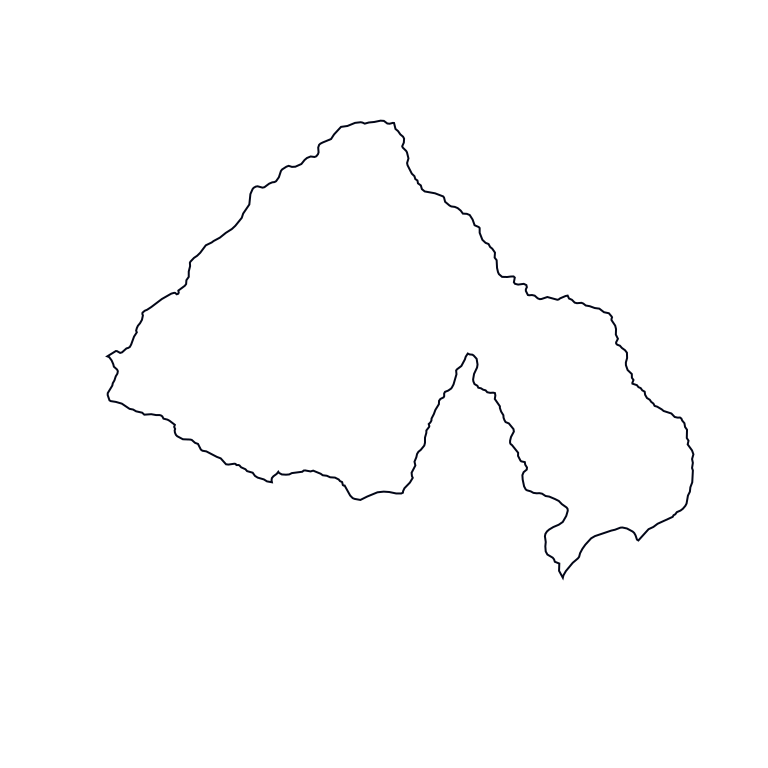 Mariscal Luzuriaga, Áncash, Peru (Equal Earth projection), rotated 245°
{"feature_id": "86281439B99207527213324", "entity_name": "Mariscal Luzuriaga", "entity_type": "district", "adm_level": 2, "iso_a3": "PER", "parent_name": "Peru", "parent_adm1": "Áncash", "projection": "equal_earth", "projection_center": [-77.351, -8.856], "detail": "fine", "context": "isolated", "style": "outline", "palette": "ink", "viewbox_px": 768, "rotation_deg": 245, "n_neighbors": 0, "source": "geoboundaries", "source_scale": "gbopen_adm2", "svg_char_len": 6166}
<svg xmlns="http://www.w3.org/2000/svg" viewBox="0 0 768 768"><g transform="rotate(245 384 384)"><path d="M635.2,453.7L631.3,444.2L628.4,439.6L628.8,430.4L628.7,427.9L628.2,426.3L626.1,424.3L621.6,422.6L620.2,421.3L619.0,418.9L619.1,417.0L621.2,413.7L621.4,409.7L620.6,406.7L618.3,402.1L618.4,395.5L619.7,392.3L622.0,389.8L622.2,387.4L621.5,382.3L620.6,380.6L615.8,376.1L613.4,371.9L613.3,370.1L614.0,367.9L614.1,364.6L612.9,358.8L613.3,356.9L616.6,353.0L617.1,351.2L616.9,348.8L616.2,347.3L612.6,343.2L603.6,337.8L598.0,328.4L594.7,325.3L590.2,316.1L588.8,311.8L587.8,304.4L586.0,297.1L585.6,290.0L585.1,287.7L585.0,281.1L580.6,272.9L579.2,268.9L578.6,265.1L576.7,260.3L575.9,259.3L572.8,258.1L568.5,254.6L563.6,252.3L561.6,248.8L558.2,246.9L557.2,245.0L555.6,237.1L553.6,236.6L552.8,235.7L552.9,234.1L554.8,233.2L555.3,232.4L555.8,229.4L554.9,218.6L552.1,205.6L551.4,200.7L551.5,198.1L550.7,195.3L549.6,194.6L548.1,194.5L544.5,191.8L542.2,188.6L540.8,185.6L539.1,183.6L537.1,181.9L535.3,181.8L532.6,177.5L526.6,171.5L525.0,169.3L524.8,167.5L525.1,165.6L523.4,160.0L523.7,158.0L526.6,155.9L527.2,154.9L526.0,144.9L524.5,146.3L520.5,147.1L516.3,147.0L513.9,146.5L509.9,148.2L508.1,148.2L506.1,146.8L504.3,144.1L501.2,141.2L499.3,138.5L497.4,137.1L492.5,129.8L490.8,128.9L485.2,128.3L484.0,129.1L481.1,133.4L477.0,138.1L469.0,142.9L466.9,145.8L464.0,147.8L460.2,152.7L457.5,153.8L455.0,160.3L452.1,164.4L450.7,167.5L449.6,168.7L448.3,169.4L445.8,169.5L443.2,172.7L441.3,174.1L435.4,177.2L433.8,175.7L431.5,175.7L430.5,174.7L428.4,174.0L425.9,173.9L424.1,174.5L418.9,178.4L415.6,184.8L414.6,186.1L410.5,187.9L408.3,190.1L402.0,190.3L400.3,191.2L398.0,194.5L388.6,201.7L385.6,204.6L378.0,206.9L376.7,209.0L375.0,214.7L374.3,215.7L372.9,216.0L372.1,217.8L371.3,218.6L368.9,219.3L365.3,222.4L362.9,223.1L359.1,227.5L355.3,228.2L352.6,229.9L348.3,234.8L345.2,236.8L342.3,240.9L344.3,241.4L346.1,242.6L347.1,244.7L347.9,248.8L349.1,251.1L347.9,251.2L345.2,253.2L343.2,256.9L342.1,259.9L342.2,262.8L339.0,272.9L339.5,274.6L339.0,276.0L335.8,280.5L335.4,283.2L329.4,288.7L327.2,289.9L325.0,293.4L322.2,295.8L319.9,300.0L316.6,302.6L314.6,303.1L312.8,304.6L309.8,304.0L309.0,304.5L308.6,305.4L297.2,306.2L293.8,307.4L292.3,308.8L288.9,313.6L289.1,321.2L288.6,332.3L286.6,338.2L283.9,343.1L279.7,348.7L277.5,353.3L277.5,355.2L278.8,356.0L280.9,358.5L283.7,365.8L286.8,370.4L288.7,370.4L291.9,371.5L296.9,378.0L300.7,378.8L303.9,382.3L306.6,384.4L308.0,386.5L308.8,389.6L311.2,394.5L313.4,396.3L318.1,398.5L321.8,401.7L324.0,402.8L326.0,406.7L326.7,407.3L328.8,407.6L329.5,409.7L330.8,411.5L332.6,412.5L335.7,416.5L338.8,419.6L342.5,425.2L345.5,426.8L346.6,428.8L346.7,432.4L347.5,433.4L350.0,434.5L351.1,436.0L350.9,439.4L351.5,442.9L352.1,444.0L354.2,446.8L362.2,453.8L365.8,455.1L366.5,456.5L367.6,461.7L372.1,467.7L374.2,469.6L376.2,472.8L374.7,474.0L373.2,476.5L371.9,477.3L367.7,478.6L362.1,477.0L359.6,475.3L355.1,469.9L350.5,466.7L348.6,466.1L345.7,466.0L342.9,467.9L340.8,467.9L339.1,470.1L337.0,471.4L335.3,473.4L332.9,474.1L331.1,476.5L330.0,479.3L328.9,480.7L326.6,480.1L323.6,478.1L314.8,479.6L313.3,478.9L309.5,478.5L305.3,479.0L302.9,478.1L300.3,477.9L298.1,478.1L295.5,480.5L288.4,482.3L286.0,481.6L282.3,476.7L279.3,474.3L277.4,473.4L276.0,473.4L274.5,474.2L265.0,476.5L262.2,475.1L256.9,475.3L255.9,475.7L253.7,478.6L251.2,477.9L247.9,478.3L246.1,477.2L245.1,473.3L242.9,470.9L238.8,469.3L232.0,467.7L228.5,467.9L227.2,468.7L224.7,471.6L222.2,473.4L220.4,476.2L219.4,478.7L217.8,480.9L214.2,483.1L212.1,486.2L207.4,490.4L204.1,493.0L200.0,494.4L194.9,497.3L193.3,497.6L191.5,497.0L187.4,493.4L183.4,487.7L182.6,482.9L182.8,477.0L182.3,472.2L181.5,469.4L180.0,467.0L178.0,465.5L172.4,463.8L168.7,461.6L163.9,459.8L160.4,460.0L155.3,463.5L153.2,464.0L150.7,463.7L147.2,467.0L140.7,463.7L132.8,464.2L134.7,465.7L137.6,469.8L142.2,479.5L144.0,486.1L144.9,487.8L147.8,490.2L150.8,494.2L153.3,498.6L156.6,506.5L157.0,510.9L155.1,528.0L154.3,531.8L153.9,537.5L153.2,539.4L150.4,543.1L145.2,547.0L143.3,547.8L140.5,548.0L136.1,547.5L134.7,548.4L140.6,562.4L140.6,567.7L141.7,572.9L141.6,589.5L142.7,591.0L142.8,592.9L144.1,595.2L144.0,599.3L144.6,602.1L146.2,605.6L147.8,607.7L154.4,612.3L157.1,615.7L160.9,618.0L164.6,621.8L175.1,627.4L177.7,627.7L182.0,630.6L185.8,631.5L189.5,634.7L193.6,635.1L200.9,633.7L203.9,636.0L207.1,635.6L214.5,639.3L217.8,638.7L221.5,639.7L224.9,638.8L227.0,638.9L228.5,638.1L229.5,635.8L231.3,633.5L235.8,632.0L241.4,626.0L243.6,625.0L248.0,622.0L249.8,620.0L252.4,619.9L254.9,618.6L257.4,618.2L260.2,616.4L263.9,616.1L266.9,617.0L269.1,615.4L271.8,614.9L273.6,613.3L276.1,612.7L279.3,609.3L280.0,609.5L282.2,611.8L284.9,611.3L288.3,612.8L293.7,610.7L298.8,611.2L301.3,612.3L304.8,615.3L309.7,617.4L312.8,616.7L316.2,614.8L319.0,614.0L321.0,612.0L322.5,611.5L323.7,612.0L326.1,615.1L330.8,615.0L335.7,617.5L339.2,618.2L345.7,617.2L346.7,617.6L348.1,618.9L349.1,618.8L353.1,617.7L356.1,613.7L361.3,611.0L363.8,607.1L367.6,603.3L369.9,600.0L372.7,598.6L374.1,597.3L375.7,593.0L377.2,591.2L380.9,589.9L383.3,587.8L386.5,587.8L387.0,585.7L387.2,579.8L386.8,578.0L387.1,576.7L393.8,568.8L394.5,562.6L395.1,561.0L396.7,559.5L400.4,557.9L402.1,555.7L403.1,553.0L403.9,552.0L408.4,551.9L409.9,552.6L411.4,554.4L413.5,554.8L415.7,553.0L417.4,547.6L419.4,545.1L421.3,544.7L425.2,547.5L426.7,546.9L427.8,544.4L428.9,540.9L431.2,536.3L435.0,534.6L437.2,534.6L441.4,535.5L448.6,538.4L451.8,537.7L456.2,540.1L460.9,539.3L463.3,538.1L466.7,537.9L469.0,535.7L473.1,534.1L480.6,534.6L484.9,536.6L486.2,536.2L489.6,533.2L495.6,533.8L500.9,533.1L503.2,531.0L505.1,527.5L508.7,526.8L512.3,525.1L514.6,523.0L516.5,520.0L518.1,518.8L523.3,516.4L527.6,517.2L529.0,516.9L535.3,510.8L541.3,502.3L544.6,500.7L548.4,501.3L551.5,499.6L554.3,500.3L556.5,499.0L559.5,499.4L562.9,498.1L572.3,497.8L574.5,498.3L578.1,501.5L584.2,502.7L585.8,502.6L590.4,500.9L591.8,501.0L594.4,504.0L597.9,505.9L600.1,505.8L603.3,504.3L607.3,503.6L610.3,502.2L616.3,503.4L616.9,502.4L617.5,499.1L618.7,497.1L622.5,495.1L624.1,492.2L625.6,485.9L627.4,480.8L628.1,476.6L630.0,475.0L631.1,473.5L632.9,468.1L633.3,459.9L635.2,453.7Z" fill="none" stroke="#020617" stroke-width="2"/></g></svg>